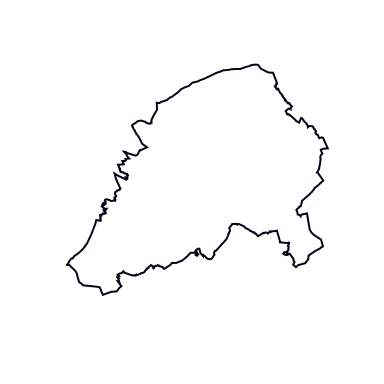 San Miguel de Allende, Guanajuato, Mexico (Robinson projection), rotated 341°
{"feature_id": "50627088B14909927143163", "entity_name": "San Miguel de Allende", "entity_type": "district", "adm_level": 2, "iso_a3": "MEX", "parent_name": "Mexico", "parent_adm1": "Guanajuato", "projection": "robinson", "projection_center": [-100.76, 20.913], "detail": "fine", "context": "isolated", "style": "outline", "palette": "ink", "viewbox_px": 384, "rotation_deg": 341, "n_neighbors": 0, "source": "geoboundaries", "source_scale": "gbopen_adm2", "svg_char_len": 6069}
<svg xmlns="http://www.w3.org/2000/svg" viewBox="0 0 384 384"><g transform="rotate(341 192 192)"><path d="M265.9,296.9L268.6,295.7L276.1,296.2L276.4,295.8L279.9,293.5L281.0,291.6L281.2,290.5L281.7,290.0L288.9,288.0L294.6,287.1L296.2,286.4L298.1,286.1L298.5,279.0L293.2,272.1L291.6,268.9L291.1,265.6L293.7,249.7L288.0,249.0L287.0,249.6L286.8,250.1L286.5,249.3L284.7,247.6L284.8,246.2L285.2,244.9L284.8,243.2L285.3,243.1L285.8,242.3L287.8,241.6L288.5,240.8L290.1,241.0L293.3,236.1L302.0,232.6L306.0,230.6L308.9,228.6L309.2,228.1L312.8,227.0L319.8,223.9L317.3,215.0L316.5,214.4L319.4,211.8L322.7,206.1L324.3,202.7L324.6,200.8L326.1,198.9L327.6,198.3L327.8,197.9L327.5,196.3L327.5,194.0L330.2,193.9L334.6,195.0L333.5,183.4L332.1,182.5L329.9,182.6L329.6,180.7L329.6,178.8L328.4,178.1L328.3,177.4L327.9,176.8L328.1,175.8L329.0,175.1L328.6,172.8L328.0,172.5L327.8,171.0L327.6,170.7L327.8,169.8L327.0,168.8L324.1,167.8L322.7,168.4L323.0,167.4L322.6,165.6L322.7,164.5L322.3,164.2L321.0,161.6L320.7,159.6L319.7,157.7L319.4,157.5L315.8,161.3L314.6,159.7L313.6,159.0L313.6,158.3L309.6,151.0L309.2,151.1L309.2,150.5L308.6,150.0L307.5,149.3L307.3,149.4L307.0,145.8L310.4,144.6L311.2,144.9L312.0,145.7L312.0,145.3L313.5,144.1L313.7,143.8L314.4,143.6L314.3,143.2L313.7,142.8L313.0,139.8L312.3,139.2L312.3,139.7L311.7,139.6L310.8,137.5L310.7,136.6L309.8,136.0L309.8,135.5L310.4,135.8L310.5,135.1L309.1,132.5L309.4,131.3L308.6,130.4L308.8,129.5L308.4,128.9L308.5,128.4L307.5,126.8L307.4,124.8L307.1,124.3L307.2,122.4L306.2,122.1L305.7,122.5L304.7,119.4L305.9,119.0L305.7,118.2L306.7,117.9L306.9,117.1L307.9,117.1L307.4,105.6L303.3,103.9L302.3,103.1L297.2,97.7L295.9,93.4L293.8,92.3L289.9,91.4L286.7,91.6L283.7,91.3L277.5,91.4L274.4,90.2L269.3,88.8L265.9,88.4L261.1,87.1L258.6,87.4L254.0,87.3L240.3,88.9L236.7,88.9L233.1,89.3L228.1,88.8L226.7,89.2L223.8,90.7L219.4,90.7L215.0,91.3L212.0,92.9L203.8,95.5L202.3,95.4L198.2,96.9L192.2,96.8L190.1,97.3L187.7,96.1L185.8,102.8L182.4,105.6L179.3,108.4L178.9,109.1L177.6,110.0L176.7,111.7L176.4,113.3L175.5,113.1L174.9,113.9L172.2,112.6L170.5,110.4L167.2,107.9L163.3,107.4L161.5,108.2L157.4,109.2L156.8,109.9L157.0,111.0L157.3,111.4L157.2,113.2L158.0,115.4L157.9,117.0L158.5,118.4L158.2,119.1L158.9,120.2L159.9,124.5L160.6,130.3L164.1,135.1L157.5,135.8L156.7,135.4L156.0,136.1L155.6,136.0L152.7,139.0L150.5,139.2L143.4,134.1L142.4,132.6L140.8,131.8L142.2,135.1L142.5,137.7L143.5,139.9L139.8,139.2L139.7,140.6L139.0,140.6L138.5,141.0L138.1,140.7L136.3,140.0L136.5,143.6L131.1,142.2L131.4,143.0L131.3,143.5L131.0,143.5L131.0,145.7L131.1,146.4L131.5,146.5L131.4,147.2L131.0,147.1L131.0,149.6L131.6,149.8L132.1,150.5L133.6,151.0L133.8,152.0L134.2,152.4L136.4,153.6L136.8,155.0L136.8,155.3L136.0,155.1L136.1,156.1L135.7,157.2L133.9,156.5L133.9,157.0L134.6,157.3L134.3,158.3L135.1,158.1L135.0,158.6L134.0,159.0L127.4,152.5L124.8,149.3L124.4,154.8L125.4,165.5L123.7,166.1L123.8,166.4L121.7,166.3L120.9,166.9L119.6,167.0L118.5,168.7L118.9,171.3L116.9,172.0L117.2,173.0L117.0,173.6L116.5,173.7L116.5,174.3L116.9,174.7L116.6,175.0L116.2,174.1L116.2,174.6L115.3,174.4L115.0,174.7L112.5,174.1L111.8,173.5L111.4,172.7L110.8,172.5L110.1,171.7L108.9,171.1L107.4,171.0L107.1,171.3L107.3,171.9L106.7,172.4L107.1,173.9L106.5,174.7L106.9,175.6L106.3,175.1L105.7,175.2L105.6,174.8L104.9,173.8L103.8,175.2L104.3,175.5L104.3,175.8L103.4,176.2L103.6,174.4L103.0,174.9L102.7,175.9L102.4,176.1L102.9,176.3L102.5,177.4L103.5,178.4L103.6,179.3L102.9,179.7L103.6,180.3L104.6,180.3L104.8,179.7L105.8,180.0L103.8,181.4L102.7,181.5L103.0,182.0L103.7,182.3L103.5,183.4L103.6,184.0L101.5,184.1L100.8,183.2L100.0,183.6L99.9,184.0L98.8,183.9L98.6,184.4L98.3,183.9L97.6,183.8L96.9,187.1L96.6,187.4L97.0,187.8L96.5,189.3L95.6,189.3L92.4,187.3L90.3,190.6L82.8,199.5L76.1,206.4L70.6,210.2L65.5,212.6L59.5,214.4L57.4,216.1L56.3,215.6L54.9,216.4L53.6,217.3L53.5,217.7L51.9,218.8L51.1,220.1L49.4,220.1L52.2,221.1L56.2,229.1L56.5,230.8L55.9,240.2L58.4,243.9L58.5,244.7L70.8,250.4L73.7,252.0L74.2,260.2L83.3,260.1L88.4,261.5L92.3,258.9L94.6,258.1L92.8,252.4L94.0,253.2L94.0,250.0L94.5,250.0L93.9,248.9L95.0,248.4L94.7,247.9L93.7,248.4L93.6,247.8L94.2,247.5L95.1,248.2L95.9,248.0L95.7,247.5L95.1,247.1L94.8,246.0L95.6,246.1L95.7,245.8L96.5,245.6L99.8,245.7L100.1,245.7L100.6,244.7L101.2,244.5L102.3,246.6L108.4,251.5L109.2,251.5L110.5,252.4L111.6,252.1L111.4,252.5L111.7,252.6L116.2,252.6L117.5,252.1L118.2,252.5L120.7,252.3L123.6,250.2L124.1,250.4L124.8,249.5L126.0,249.7L126.3,248.9L129.0,248.1L129.4,247.8L130.6,249.2L130.7,251.8L131.0,251.8L131.9,250.6L132.6,250.1L133.4,250.0L133.8,250.3L135.6,250.0L135.6,250.4L136.1,250.8L136.8,250.8L136.9,251.4L139.0,253.0L139.1,252.8L139.5,253.0L140.5,255.6L148.2,253.8L149.8,252.5L153.8,254.0L158.8,253.6L159.9,253.8L166.8,251.2L170.8,249.0L174.8,250.4L175.3,251.9L174.9,252.9L176.1,253.9L176.7,253.4L176.7,253.2L177.5,253.1L177.0,250.5L176.5,249.5L176.4,249.8L175.9,249.2L178.7,247.5L180.2,247.8L180.5,248.1L180.1,252.5L181.5,256.0L181.8,255.0L182.8,256.0L184.7,259.9L186.7,261.3L187.1,261.2L187.9,261.6L188.4,261.6L188.9,261.1L189.5,261.2L191.4,259.5L192.8,258.7L193.0,256.6L194.6,255.1L195.3,255.5L209.1,247.9L213.2,243.5L212.9,243.3L213.2,242.8L214.3,241.9L215.1,241.5L215.5,239.9L215.5,238.2L216.6,237.5L217.1,236.9L218.1,236.7L219.2,235.5L219.8,235.4L221.9,236.2L222.6,236.1L223.2,236.4L223.5,237.0L224.2,237.6L224.7,237.2L225.9,237.5L230.2,241.7L230.6,243.2L233.8,246.4L234.3,247.7L235.5,248.5L236.3,249.8L237.1,250.2L237.5,250.9L237.7,250.5L238.0,250.7L238.0,251.2L238.6,251.9L240.0,255.3L246.3,253.9L246.6,254.4L248.1,254.1L250.3,255.4L250.4,255.9L252.4,254.8L252.4,255.0L253.4,255.1L253.5,255.5L254.5,255.0L255.5,255.5L259.7,256.2L259.1,267.5L258.8,268.2L266.0,271.5L266.6,271.2L267.3,271.9L266.4,273.1L265.1,274.2L265.5,275.5L264.6,276.8L264.6,277.7L264.4,278.1L262.7,279.0L262.8,280.1L262.6,280.3L261.8,280.5L261.1,279.5L259.9,279.0L259.5,279.0L258.7,279.9L258.2,280.0L259.3,281.5L261.4,282.6L264.3,282.1L266.1,288.2L265.7,290.0L266.0,290.2L266.1,291.6L264.0,293.7L265.9,296.9Z" fill="none" stroke="#020617" stroke-width="2"/></g></svg>